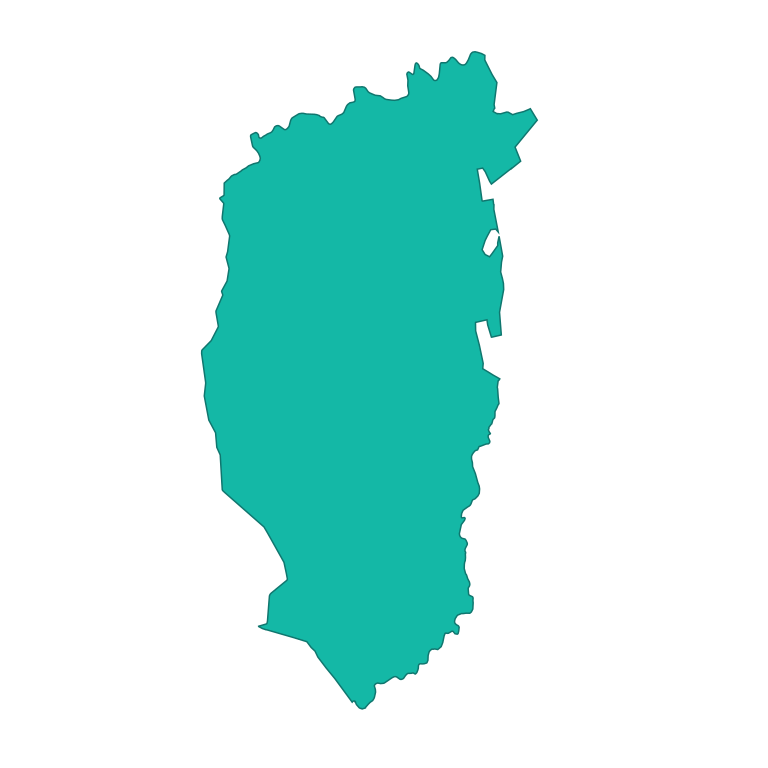 outline of Pilskalnes pag., Neretas, Latvia, rotated 84°
{"feature_id": "27541924B3554610472983", "entity_name": "Pilskalnes pag.", "entity_type": "district", "adm_level": 2, "iso_a3": "LVA", "parent_name": "Latvia", "parent_adm1": "Neretas", "projection": "equal_earth", "projection_center": [25.154, 56.226], "detail": "fine", "context": "isolated", "style": "filled", "palette": "teal", "viewbox_px": 768, "rotation_deg": 84, "n_neighbors": 0, "source": "geoboundaries", "source_scale": "gbopen_adm2", "svg_char_len": 6090}
<svg xmlns="http://www.w3.org/2000/svg" viewBox="0 0 768 768"><g transform="rotate(84 384 384)"><path d="M67.7,249.3L65.6,252.4L64.0,256.1L63.1,258.7L63.2,261.0L63.8,262.1L65.0,263.4L70.3,266.2L73.4,268.4L74.6,269.7L75.0,270.9L75.0,272.0L74.8,273.1L74.3,274.2L73.2,275.6L72.2,276.5L68.6,278.9L66.7,280.8L66.2,281.9L66.4,283.3L69.1,285.8L70.6,287.8L71.0,289.0L70.5,293.3L70.7,293.9L71.1,294.3L72.0,294.7L81.3,296.6L84.5,297.6L85.7,298.3L87.1,299.5L87.4,299.9L87.6,301.0L87.4,302.1L86.8,302.9L83.0,305.1L80.2,307.6L76.0,312.2L74.2,315.0L73.8,315.4L71.1,315.9L69.7,316.5L68.6,317.4L68.1,318.1L68.1,318.5L68.7,319.2L70.1,319.8L78.1,321.8L78.9,322.3L79.2,323.0L79.0,323.4L76.3,326.7L76.3,327.2L76.9,328.2L78.2,328.9L84.4,328.4L89.9,329.2L96.7,328.9L98.3,329.2L99.8,330.4L100.5,331.4L101.7,337.2L102.8,339.8L103.0,343.7L102.5,346.8L101.2,352.1L100.4,353.6L98.9,355.2L97.0,357.6L95.9,362.6L92.9,368.0L91.6,369.3L88.0,371.2L86.8,372.5L86.1,374.7L86.1,376.3L85.7,380.2L85.8,381.7L87.0,383.0L88.4,383.6L98.0,382.9L99.6,383.3L100.1,383.9L100.5,385.1L100.8,388.5L102.3,391.0L103.8,392.3L109.9,395.7L111.3,397.8L112.4,401.6L113.0,402.7L118.3,407.2L119.6,408.9L120.1,410.1L119.9,410.9L119.3,411.9L112.9,415.7L112.4,416.4L112.2,417.6L111.5,419.0L111.0,419.7L110.3,420.2L109.1,422.8L108.5,425.1L107.4,432.9L106.4,435.9L106.2,437.4L106.3,439.9L106.5,440.7L109.7,447.4L110.3,448.1L111.9,449.2L117.9,451.5L119.8,453.4L120.7,454.9L120.7,456.0L120.3,456.8L116.5,461.1L116.1,461.8L115.9,462.6L116.0,464.2L116.9,465.9L119.9,467.8L121.6,469.3L122.2,470.5L123.2,473.9L124.2,475.8L125.1,478.0L126.5,480.1L126.6,480.9L126.2,482.1L125.6,482.6L122.7,482.9L121.2,484.0L120.7,484.7L120.5,485.5L121.3,487.8L122.2,490.0L122.5,490.4L123.4,490.8L124.6,490.8L133.0,489.9L134.1,489.7L135.0,489.2L138.6,486.2L141.3,484.7L144.4,483.7L146.6,483.4L148.7,484.1L150.5,485.5L150.7,485.9L151.3,490.6L152.9,495.9L154.6,498.5L156.3,502.6L157.3,504.0L160.0,509.1L160.0,510.7L160.2,511.4L161.1,513.7L161.6,514.4L164.1,517.0L164.9,518.4L167.5,521.9L179.4,523.3L180.1,524.2L181.7,527.6L182.3,527.9L182.8,527.8L187.2,524.7L187.9,524.5L200.4,527.3L202.6,527.6L203.7,527.5L209.8,525.3L219.0,522.3L220.6,522.0L236.1,525.7L241.2,527.8L252.4,526.1L253.3,526.1L265.2,529.3L274.5,535.7L275.1,535.8L278.2,535.1L278.9,535.1L293.9,543.5L295.6,543.6L309.2,542.7L310.0,542.9L322.8,551.3L331.0,561.2L331.9,561.8L334.7,562.2L363.6,561.2L364.9,561.3L377.1,564.0L401.6,562.0L414.9,556.6L429.5,556.9L437.4,554.3L472.3,555.9L473.2,555.5L475.2,553.8L513.6,518.3L520.4,515.2L550.9,502.1L551.9,502.0L562.3,500.9L567.4,500.5L568.4,500.6L569.3,501.5L580.2,518.1L581.3,519.3L582.8,520.1L607.7,524.7L609.5,525.3L610.2,525.7L610.4,526.4L611.8,534.0L612.1,534.0L614.5,530.5L616.1,527.0L616.2,526.3L626.1,502.0L632.2,487.7L638.4,484.0L642.5,480.5L648.7,478.3L660.4,471.2L671.8,463.7L697.1,448.9L696.3,448.1L696.1,447.1L696.3,446.2L696.9,445.7L697.2,446.0L697.7,445.6L700.0,444.9L703.4,442.5L704.2,441.3L704.4,440.2L704.9,439.8L704.2,436.3L703.5,436.0L700.8,433.1L699.1,431.0L697.7,428.4L695.8,426.9L694.4,426.2L689.6,424.6L686.9,424.5L683.2,425.2L682.0,424.5L681.2,423.4L680.7,421.6L681.6,418.7L681.6,415.7L681.4,414.9L677.0,406.7L676.2,404.6L676.2,403.2L676.5,402.2L679.3,399.0L679.6,398.0L679.5,397.0L678.9,395.4L676.1,393.0L674.7,391.3L674.3,390.5L674.6,387.1L674.4,386.2L674.5,385.0L675.7,383.3L675.3,382.5L674.4,381.5L671.9,380.2L670.3,379.6L667.7,379.2L666.6,378.6L666.0,377.5L666.4,374.8L666.4,373.1L665.9,370.7L665.6,370.4L663.4,369.2L658.7,368.5L656.3,367.6L655.1,367.1L653.8,365.9L652.7,364.1L652.9,362.3L652.8,361.2L653.7,358.3L651.2,354.6L647.3,352.6L640.7,350.5L638.4,349.3L638.2,348.5L638.6,347.0L638.6,346.0L637.0,342.4L637.0,342.0L637.3,341.1L639.8,339.5L640.4,337.5L640.4,337.0L639.9,336.4L637.5,335.5L633.8,334.7L632.8,335.0L632.1,335.5L631.0,337.1L629.5,338.4L628.0,338.7L626.6,338.4L624.8,337.7L622.5,335.9L621.6,335.0L620.4,331.0L620.6,329.2L620.5,326.3L620.9,323.0L620.8,322.3L619.8,320.9L617.1,319.2L610.9,318.2L608.8,318.2L606.4,317.8L605.4,317.9L604.8,318.3L603.1,321.1L602.1,321.8L596.5,321.7L595.5,321.4L593.6,320.0L592.3,319.6L591.2,319.6L589.7,319.8L586.4,321.1L582.5,321.9L581.1,322.7L575.9,323.5L571.5,322.9L569.4,322.3L568.3,321.7L565.3,321.1L561.0,320.8L560.8,320.5L559.8,320.4L558.8,320.9L557.2,320.8L555.8,320.2L552.4,318.0L551.1,317.8L548.5,318.6L546.9,319.4L546.6,319.8L545.6,322.5L545.2,323.1L544.1,324.0L542.5,324.6L540.7,324.7L531.9,321.8L528.0,318.2L526.3,317.4L525.7,317.5L525.2,318.1L525.3,320.2L525.0,320.8L524.3,321.0L522.5,320.7L520.7,320.2L517.8,318.5L515.1,313.8L514.3,312.0L513.6,311.0L512.3,310.0L508.9,308.3L508.4,307.7L507.7,305.5L507.1,304.7L505.2,302.4L502.7,300.7L498.4,299.9L495.5,300.0L491.8,301.0L482.6,302.5L475.5,304.5L471.5,304.3L467.7,304.8L465.0,304.5L463.3,303.6L461.6,302.2L459.8,300.2L459.3,297.8L456.5,296.2L456.0,295.7L456.0,294.7L454.4,288.8L454.4,286.3L453.4,285.1L452.0,284.7L448.2,285.9L446.6,285.9L445.7,285.5L445.3,285.0L444.8,283.7L444.3,283.4L442.6,284.4L440.4,285.0L439.2,284.3L438.2,284.3L435.3,281.7L434.9,281.0L430.8,279.4L429.2,277.5L427.3,277.0L423.0,276.5L419.6,274.3L416.8,272.8L416.1,272.1L415.4,271.7L408.8,271.8L400.6,271.5L399.2,271.7L393.4,270.3L392.8,270.1L391.8,268.8L391.0,268.3L386.7,274.3L379.1,284.2L373.9,283.2L355.4,285.1L340.8,287.3L332.5,286.6L332.3,286.5L330.9,274.9L336.1,274.7L348.6,272.3L348.7,272.0L348.4,269.5L347.5,262.2L324.7,261.6L302.6,255.1L296.6,254.7L291.5,255.2L284.6,256.3L284.0,256.1L275.1,254.4L269.3,252.6L249.1,254.1L255.6,256.2L258.2,256.4L265.7,263.0L268.5,265.7L265.8,269.9L260.7,272.4L251.8,268.4L247.7,265.8L241.7,261.7L241.6,256.7L244.8,254.5L221.8,256.5L217.1,255.9L216.7,256.2L211.7,256.3L212.4,266.7L212.3,267.0L212.1,267.3L194.1,267.9L180.1,268.8L179.6,263.3L183.5,261.1L193.6,257.7L196.4,256.3L182.9,234.8L183.2,234.8L176.7,224.8L162.1,228.9L137.6,204.0L125.5,209.7L126.0,211.0L127.7,216.7L128.7,223.8L129.6,227.9L126.6,232.2L126.4,233.7L127.5,239.9L126.9,243.0L127.1,243.2L124.4,247.0L121.8,245.6L121.3,245.0L117.6,245.3L96.0,240.2L87.4,244.2L73.1,249.6L72.3,249.9L67.7,249.3Z" fill="#14b8a6" stroke="#0f766e" stroke-width="1.5"/></g></svg>